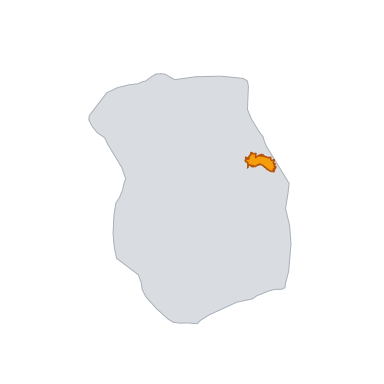 Senekane, Berea, Lesotho (highlighted), rotated 117°
{"feature_id": "5366337B41059399300258", "entity_name": "Senekane", "entity_type": "district", "adm_level": 2, "iso_a3": "LSO", "parent_name": "Lesotho", "parent_adm1": "Berea", "projection": "mercator", "projection_center": [27.679, -29.225], "detail": "fine", "context": "in_parent", "style": "filled", "palette": "amber", "viewbox_px": 384, "rotation_deg": 117, "n_neighbors": 0, "source": "geoboundaries", "source_scale": "gbopen_adm2", "svg_char_len": 5815}
<svg xmlns="http://www.w3.org/2000/svg" viewBox="0 0 384 384"><g transform="rotate(117 192 192)"><path d="M246.9,251.5L237.3,254.5L236.0,254.8L229.8,254.1L221.6,254.8L215.2,256.5L210.2,257.1L202.0,265.8L187.2,289.5L183.3,294.4L182.1,303.7L178.7,311.0L174.5,316.8L170.4,318.2L158.0,315.9L142.2,313.0L132.9,305.8L124.8,296.4L120.4,289.6L115.9,285.9L114.4,283.8L107.9,280.6L105.5,279.0L103.3,277.9L100.7,273.3L99.2,269.4L99.8,258.5L95.3,252.0L87.5,240.8L82.6,231.7L75.9,219.3L71.7,208.7L67.5,197.7L68.0,193.0L72.1,189.8L84.1,184.3L93.3,180.0L100.0,172.2L107.2,160.5L110.7,153.5L114.3,150.3L118.1,145.4L124.8,134.5L132.3,122.3L140.3,109.3L150.4,105.6L164.2,101.2L177.4,89.9L193.2,80.3L218.7,69.9L230.6,67.3L235.1,65.8L237.9,67.8L241.0,73.7L245.3,78.7L255.3,87.3L259.6,89.4L270.0,102.2L281.1,111.0L293.9,121.1L302.6,126.2L307.0,127.6L310.7,136.6L314.4,143.3L316.5,149.5L316.1,155.6L312.1,170.6L306.2,185.8L301.4,192.2L295.7,196.2L290.1,202.3L287.9,214.5L285.4,229.0L278.0,235.0L272.3,238.9L264.4,243.7L246.9,251.5Z" fill="#d9dde1" stroke="#a8b0b8" stroke-width="1"/><path d="M136.7,159.9L136.8,159.9L137.2,159.5L137.3,159.4L137.6,159.4L137.9,158.7L138.1,158.6L138.3,158.8L138.5,158.7L138.6,158.4L138.8,158.4L139.0,158.5L139.3,158.5L139.5,158.5L139.6,158.9L139.8,158.8L140.2,158.6L140.2,158.2L140.5,157.9L140.5,157.6L140.5,157.4L140.7,156.9L140.7,156.7L140.3,156.0L140.2,155.8L142.9,154.3L143.5,154.1L144.0,153.8L144.4,153.7L144.9,153.5L144.7,153.4L144.3,153.5L144.2,153.4L144.1,153.5L143.8,153.6L143.7,153.6L143.5,153.8L143.1,153.7L142.4,153.5L142.0,153.5L141.7,153.3L141.7,153.2L141.7,152.7L141.4,151.8L141.5,151.5L141.5,151.2L141.7,151.4L141.8,151.6L142.0,151.4L142.1,151.2L142.1,150.8L141.9,150.7L141.9,150.3L141.8,150.2L141.6,150.0L141.6,149.9L141.8,149.8L142.1,149.8L142.1,149.7L141.8,149.6L141.7,149.5L141.4,149.5L141.2,149.7L141.1,149.8L140.9,149.7L140.8,149.8L140.7,149.7L140.8,149.4L140.9,149.5L141.0,149.4L141.4,149.0L141.4,148.9L141.5,148.8L141.3,148.6L141.0,148.4L140.8,148.4L140.8,147.4L140.2,147.3L139.9,147.1L139.7,146.8L139.6,146.5L139.3,146.3L138.8,146.1L138.7,146.0L138.3,146.0L138.1,146.0L138.0,145.9L137.9,145.8L138.0,145.7L137.7,145.4L137.8,145.3L137.7,145.2L137.6,144.9L137.4,144.9L137.4,144.7L137.1,144.6L136.8,144.4L136.7,144.4L136.3,144.3L136.2,144.3L136.4,143.3L136.3,142.9L136.3,142.7L136.3,142.4L136.3,142.1L136.3,141.7L136.2,141.4L136.1,141.0L136.1,140.6L136.3,140.3L136.5,140.1L136.6,139.8L136.6,139.4L136.5,139.0L136.6,138.9L136.6,138.7L136.8,138.6L136.7,138.5L136.8,138.3L136.7,138.2L136.7,137.9L136.8,137.7L137.0,137.3L137.0,137.0L137.3,136.8L137.3,136.7L137.5,135.9L137.4,135.7L137.6,135.5L137.5,135.4L137.4,135.3L137.4,135.2L137.5,135.0L137.6,134.9L137.7,134.5L137.8,134.3L137.7,134.1L137.6,133.9L137.6,133.7L137.6,133.3L137.5,133.0L137.6,132.8L137.5,132.7L137.6,132.3L137.6,132.2L137.8,132.0L137.9,131.9L137.8,131.7L137.9,131.3L137.9,131.2L137.7,131.0L137.7,130.9L137.5,130.6L137.5,130.4L137.4,130.2L137.2,130.1L136.9,129.8L136.8,129.7L136.8,129.3L136.9,129.2L137.1,129.0L137.1,128.9L137.0,128.7L136.7,128.5L136.6,128.3L136.5,128.2L136.3,128.6L136.5,128.7L136.6,129.1L136.3,129.1L136.4,129.3L136.2,129.3L136.1,129.2L135.9,129.1L135.7,128.8L135.5,128.7L135.4,128.6L135.2,128.7L134.8,128.9L134.8,129.0L134.7,129.1L134.9,129.2L134.9,129.3L134.7,129.4L134.6,129.6L134.7,129.8L134.4,129.9L134.2,129.5L134.0,129.3L134.1,129.0L133.9,128.5L133.7,128.5L133.3,128.8L133.5,129.1L133.5,129.3L133.4,129.3L133.1,129.2L132.7,128.9L132.6,128.7L132.4,128.4L132.2,128.4L132.0,128.7L131.8,128.9L131.7,128.9L132.0,129.6L132.3,129.6L132.2,129.9L132.0,129.7L131.8,129.7L131.7,129.6L131.2,129.8L131.2,130.0L130.9,130.5L130.8,130.9L130.7,131.1L130.2,131.0L129.9,130.7L129.4,130.6L129.2,130.8L129.1,131.0L129.2,131.3L129.6,131.5L129.5,132.1L129.5,132.4L129.3,132.7L129.1,132.8L128.7,132.8L128.2,133.0L127.8,133.1L127.6,133.1L127.3,132.9L127.0,132.9L126.0,133.3L126.2,133.8L126.8,134.4L126.9,134.5L127.2,134.6L127.4,134.9L127.6,135.1L127.6,135.8L127.5,136.3L127.4,136.6L126.5,137.1L125.9,137.2L125.6,137.4L125.4,137.5L125.6,137.5L125.4,137.7L125.5,137.8L125.6,138.0L125.9,138.3L126.0,138.5L126.1,138.8L126.4,138.9L126.4,139.1L126.5,139.3L126.8,139.4L126.8,139.8L126.7,139.9L126.7,140.0L126.8,140.1L126.9,140.3L126.9,140.6L127.1,141.0L127.0,141.4L127.0,141.7L127.0,142.0L127.2,142.3L127.2,142.6L127.3,142.7L127.4,142.9L127.4,143.0L127.5,143.1L127.3,143.6L127.2,143.8L127.0,144.6L126.7,145.5L127.0,145.5L127.1,145.4L127.5,145.2L127.8,144.9L128.0,144.9L128.0,145.0L127.9,145.3L127.7,145.4L127.7,145.6L127.4,146.0L127.1,146.2L127.1,146.5L127.0,147.0L127.1,147.4L127.3,147.5L127.6,147.6L127.8,147.8L128.1,147.2L128.5,147.0L128.7,146.8L128.8,146.9L128.7,147.1L128.8,147.3L129.0,147.7L128.9,148.0L129.0,148.2L128.8,148.5L128.7,148.8L128.9,149.1L129.1,149.3L129.8,149.7L130.1,149.7L131.3,150.6L131.7,150.7L132.1,150.9L132.3,151.1L132.1,151.2L131.9,151.4L131.7,151.5L130.8,151.8L130.4,152.0L129.9,152.1L129.3,152.3L128.8,152.3L128.7,152.5L128.7,152.8L128.8,152.9L129.0,153.1L129.3,153.3L129.3,153.5L129.5,153.6L129.7,153.8L129.9,154.1L130.1,154.7L130.1,154.8L129.9,155.1L129.9,155.3L130.0,155.5L129.8,156.0L129.9,156.7L129.9,157.1L130.0,157.2L130.1,157.4L130.3,157.4L130.6,157.3L130.7,157.2L130.8,157.0L131.0,157.0L131.1,156.8L131.3,156.7L131.6,156.8L131.8,156.6L131.8,156.3L132.0,156.4L132.0,156.5L132.2,156.9L132.4,156.9L132.6,156.7L132.8,156.8L133.7,157.2L134.0,157.3L134.3,157.4L134.6,157.4L134.8,157.2L135.3,157.1L135.5,156.8L135.8,156.9L136.0,156.4L136.3,156.4L136.4,156.6L136.6,156.7L137.0,156.6L137.1,157.0L137.3,157.1L137.2,157.3L137.0,157.2L136.6,157.2L136.4,157.4L136.3,157.5L136.3,157.8L136.7,157.7L136.8,157.7L137.2,157.6L137.3,157.8L137.1,158.2L137.1,158.4L137.2,158.5L136.9,158.7L136.8,158.8L137.0,159.0L137.0,159.3L136.7,159.7L136.7,159.9Z" fill="#f59e0b" stroke="#b45309" stroke-width="1.5"/></g></svg>